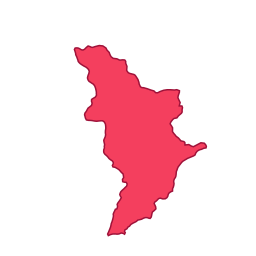 the district of Divisópolis, Minas Gerais, Brazil, rotated 65°
{"feature_id": "56859067B65548634153592", "entity_name": "Divisópolis", "entity_type": "district", "adm_level": 2, "iso_a3": "BRA", "parent_name": "Brazil", "parent_adm1": "Minas Gerais", "projection": "natural_earth1", "projection_center": [-40.905, -15.77], "detail": "fine", "context": "isolated", "style": "filled", "palette": "rose", "viewbox_px": 256, "rotation_deg": 65, "n_neighbors": 0, "source": "geoboundaries", "source_scale": "gbopen_adm2", "svg_char_len": 3632}
<svg xmlns="http://www.w3.org/2000/svg" viewBox="0 0 256 256"><g transform="rotate(65 128 128)"><path d="M36.8,129.5L37.3,131.4L37.8,132.9L38.3,134.2L38.3,135.9L37.3,137.3L36.0,138.1L34.7,139.1L33.8,140.4L33.2,142.1L34.2,143.4L36.0,143.6L38.1,143.9L39.5,144.4L41.9,144.4L43.9,144.6L45.2,144.7L46.7,145.0L48.2,144.6L49.5,144.1L51.2,143.1L53.2,141.8L55.0,140.4L56.6,139.6L58.2,139.1L60.2,139.1L62.0,140.4L63.2,141.7L64.3,142.7L65.5,143.6L67.5,143.9L69.3,143.6L70.7,142.7L72.2,141.8L73.8,140.8L76.0,140.4L78.2,140.6L80.2,141.0L82.1,141.5L83.5,142.2L85.0,142.7L86.2,144.6L86.4,146.8L86.7,148.9L88.3,149.8L90.3,150.0L92.1,151.5L92.6,153.5L93.1,155.8L94.1,157.2L95.3,158.8L96.3,160.7L97.7,161.8L99.1,162.0L101.0,162.4L103.1,162.3L104.4,160.5L105.1,159.1L106.1,157.4L107.6,155.3L108.6,153.6L109.2,151.8L109.8,150.1L110.6,148.2L112.0,147.1L113.3,146.9L114.8,146.8L116.8,147.4L119.0,148.3L120.9,149.6L122.9,150.6L124.6,151.1L126.3,152.3L127.7,153.9L128.8,155.1L130.3,155.6L131.8,155.9L133.4,156.3L134.5,157.2L136.1,157.8L137.5,159.2L138.8,159.9L140.2,160.3L142.1,160.0L144.0,159.1L145.8,158.5L147.7,158.1L149.5,157.2L151.2,156.1L153.0,155.9L154.3,156.6L155.3,158.0L156.9,158.1L158.2,156.3L160.3,154.8L162.2,153.7L163.9,153.2L165.7,152.7L167.4,151.9L169.2,152.3L171.1,152.9L172.2,154.7L174.4,155.5L175.5,154.3L176.5,152.6L178.4,152.4L180.1,153.8L180.7,155.7L181.4,157.5L182.0,159.6L182.7,161.4L183.8,162.7L184.9,163.6L186.6,163.7L188.3,163.5L189.5,165.1L190.7,167.1L191.5,168.6L192.6,170.1L194.5,170.5L195.6,171.3L196.6,172.3L196.3,173.8L197.3,174.9L198.5,176.4L199.8,177.8L201.4,178.3L202.5,179.0L203.9,180.1L205.2,181.2L206.2,182.1L207.5,183.5L208.9,184.5L210.3,185.6L211.5,186.8L212.6,188.0L214.0,189.5L215.5,191.3L217.2,191.3L217.2,189.0L217.6,186.7L218.6,184.4L219.6,182.7L220.2,181.0L220.3,178.5L221.5,176.9L222.8,176.0L221.7,174.7L220.3,174.9L219.0,173.8L218.9,171.6L217.8,170.0L217.6,168.1L216.6,166.2L216.4,164.4L216.3,162.9L216.3,161.3L216.2,159.8L215.6,158.1L216.0,156.3L216.4,154.3L216.3,152.2L216.5,150.2L217.3,148.5L218.4,147.4L219.3,146.2L218.7,144.8L217.7,143.9L216.3,142.9L214.5,141.5L213.9,139.1L213.1,136.9L211.0,136.2L209.0,136.2L207.4,136.2L206.4,134.9L206.1,133.1L205.6,131.8L204.9,130.1L205.2,128.4L207.0,126.4L207.9,124.1L207.6,122.2L206.7,120.8L205.3,119.7L204.4,118.6L203.9,116.5L204.0,114.3L201.9,113.3L200.6,111.8L199.0,110.5L197.6,109.7L196.2,109.4L194.8,108.6L193.6,107.3L192.9,106.0L191.9,105.0L190.7,104.2L189.3,103.4L187.9,102.6L186.6,101.2L185.4,100.1L184.4,98.9L183.6,97.3L182.7,95.6L181.8,93.8L181.3,92.3L181.1,90.6L180.9,88.5L180.7,86.8L180.8,84.9L180.9,82.7L181.0,80.5L180.8,78.7L179.3,77.1L178.3,75.2L178.0,73.4L178.1,71.8L178.4,70.3L178.4,67.8L179.0,65.7L177.7,64.7L175.9,64.7L174.0,65.3L172.2,68.2L172.6,76.6L171.3,78.1L168.7,79.9L167.5,83.5L165.1,82.6L163.9,83.1L162.0,85.5L158.4,86.5L155.8,87.9L154.0,88.3L152.3,88.8L150.1,89.2L146.6,87.5L144.4,87.7L142.0,88.1L140.5,86.4L139.2,83.8L138.8,82.3L139.5,79.4L138.3,77.2L137.2,73.3L136.4,72.2L134.2,71.2L132.6,70.0L130.9,69.8L129.6,72.2L127.0,70.0L122.4,70.0L121.2,69.8L119.5,68.4L117.3,66.3L115.9,65.6L113.9,67.6L113.2,69.9L111.2,73.5L109.9,76.3L108.9,79.6L108.5,83.3L108.6,86.3L107.7,88.0L105.4,88.8L103.1,91.4L100.5,94.0L98.1,96.8L97.3,98.3L96.0,99.3L92.9,99.3L91.2,98.8L88.3,98.5L85.8,98.8L83.3,99.2L82.0,100.0L79.3,103.3L78.0,104.4L75.3,104.9L71.7,102.9L68.3,102.7L66.6,101.9L65.0,102.2L64.0,103.9L63.0,106.8L60.6,108.8L58.6,112.0L56.3,113.2L54.8,113.3L53.3,113.3L51.6,113.1L50.3,113.5L48.7,114.1L46.1,114.2L43.0,116.1L41.1,119.2L40.3,123.4L40.0,126.0L39.2,127.2L38.1,128.1L36.8,129.5Z" fill="#f43f5e" stroke="#9f1239" stroke-width="1.5"/></g></svg>